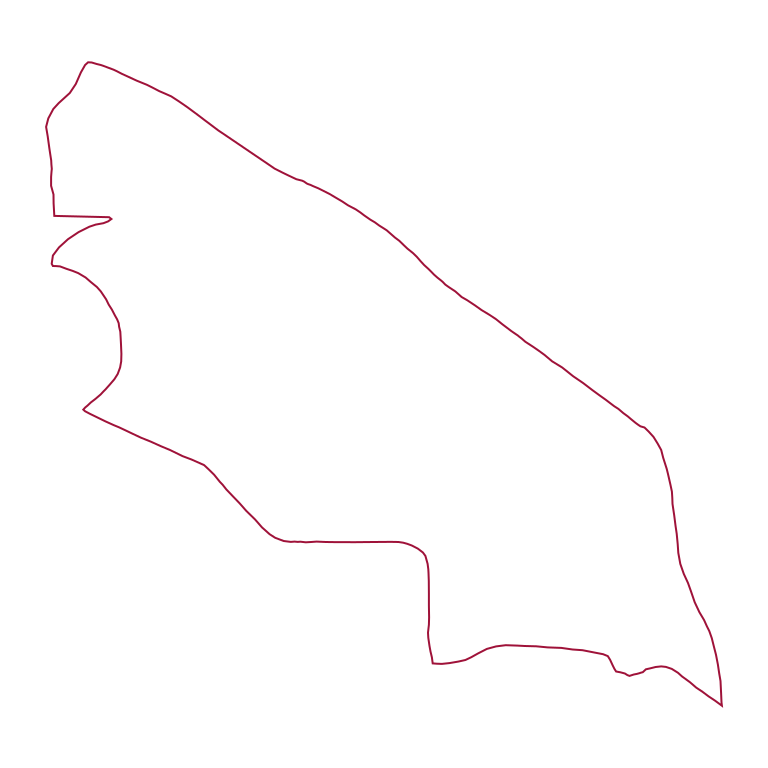 Kien Svay, Kândal, Cambodia
{"feature_id": "14789045B56719191672618", "entity_name": "Kien Svay", "entity_type": "district", "adm_level": 2, "iso_a3": "KHM", "parent_name": "Cambodia", "parent_adm1": "Kândal", "projection": "albers", "projection_center": [105.145, 11.423], "detail": "fine", "context": "isolated", "style": "outline", "palette": "rose", "viewbox_px": 768, "rotation_deg": 0, "n_neighbors": 0, "source": "geoboundaries", "source_scale": "gbopen_adm2", "svg_char_len": 3839}
<svg xmlns="http://www.w3.org/2000/svg" viewBox="0 0 768 768"><path d="M721.9,705.7L721.5,702.4L721.1,693.2L720.5,681.0L719.2,673.4L717.9,664.6L716.0,654.8L713.8,646.2L711.8,638.2L709.3,631.1L706.8,626.1L704.1,620.1L699.4,612.2L694.7,602.2L690.9,591.1L688.0,583.0L683.8,573.9L680.3,563.9L678.3,552.9L677.7,544.1L676.7,533.7L675.6,526.3L674.2,515.3L672.5,503.9L672.3,497.9L671.9,491.6L670.5,485.0L668.5,476.2L667.8,473.2L666.7,468.8L663.2,457.8L661.2,450.0L657.6,443.5L653.5,436.9L648.6,431.5L644.5,427.5L640.4,426.3L638.2,424.8L635.6,422.9L630.6,418.8L627.8,416.4L623.3,413.1L618.4,408.9L614.2,406.2L610.5,403.4L605.8,399.8L599.6,395.4L592.5,390.2L583.2,383.1L573.1,376.2L562.2,367.5L552.1,361.3L544.5,354.9L538.6,350.6L532.8,346.6L525.4,341.8L521.6,338.5L519.0,336.5L517.7,335.4L515.9,334.2L511.5,331.2L507.3,328.0L502.4,324.3L495.9,319.1L489.4,314.8L481.6,310.1L475.0,305.4L467.0,300.1L461.6,297.0L455.3,291.4L449.7,287.7L448.1,286.6L445.3,284.6L442.7,281.9L441.2,280.6L437.4,277.6L434.0,274.6L431.3,271.8L428.5,269.0L424.1,265.0L420.6,261.2L416.8,256.8L413.1,253.2L407.4,248.6L403.5,244.9L399.3,240.8L394.9,237.5L390.8,233.9L388.4,231.8L386.7,230.3L383.6,228.3L379.3,225.6L374.8,222.3L370.4,219.7L364.2,215.4L360.4,212.5L355.8,209.4L348.0,205.3L342.3,201.5L335.5,197.5L329.6,194.0L318.3,188.3L312.8,186.0L310.5,184.9L308.1,184.1L306.8,183.5L304.1,181.6L302.2,180.7L296.3,179.2L289.1,175.8L282.5,172.6L274.6,168.6L269.2,164.9L222.0,132.9L218.4,130.5L204.3,119.9L199.2,116.0L193.3,111.6L187.5,107.3L182.3,103.7L178.5,101.1L174.5,98.5L171.3,96.4L165.0,93.6L159.2,91.1L152.1,87.4L146.9,84.8L140.5,82.2L136.8,80.7L132.9,78.9L121.8,73.8L116.8,71.2L113.6,69.7L102.9,65.7L100.8,65.0L96.7,64.0L91.7,62.5L88.1,62.3L85.1,65.0L80.9,72.4L75.8,84.0L69.8,93.0L58.7,103.1L53.3,109.0L48.3,118.4L46.1,126.9L47.7,136.3L49.4,148.6L50.3,154.6L51.2,160.4L51.4,164.5L51.8,168.9L51.5,171.8L51.1,176.9L51.1,185.8L53.5,194.5L53.6,203.3L54.3,215.9L109.1,217.2L111.4,219.0L108.1,221.4L103.4,223.2L95.7,224.6L89.4,226.7L78.6,232.1L68.0,239.2L59.0,247.4L52.9,255.5L51.7,263.8L52.9,266.0L56.2,266.1L60.0,266.4L66.4,268.8L72.7,270.9L78.2,273.1L85.6,277.5L90.9,282.1L96.9,287.0L100.8,291.4L106.1,299.3L108.7,304.6L111.9,309.6L114.9,315.4L117.1,319.3L118.7,323.2L119.1,326.7L120.3,331.7L120.6,336.8L121.0,344.4L121.4,353.8L121.2,361.4L120.1,367.5L117.7,374.0L114.4,379.2L109.7,384.7L107.1,387.6L105.6,389.3L103.4,391.5L100.6,394.5L95.2,399.1L90.9,402.4L87.5,405.6L85.2,407.5L83.3,409.6L85.0,411.2L89.9,413.8L97.5,417.5L105.5,421.4L113.9,425.2L119.0,427.3L125.8,430.5L132.7,433.8L141.0,437.7L150.7,441.6L160.9,446.2L170.0,450.0L182.5,456.1L191.5,459.5L204.1,465.1L208.5,469.2L214.1,474.7L219.9,481.9L222.6,484.7L226.3,489.4L232.5,495.9L239.7,503.4L246.2,510.8L255.1,519.5L262.0,527.4L269.6,534.2L275.2,537.8L283.7,541.0L290.8,541.9L294.6,541.6L297.7,541.9L300.4,541.7L305.7,542.3L311.1,542.0L316.6,541.6L325.7,542.0L333.5,542.1L345.0,542.1L353.1,542.2L362.7,542.1L373.7,542.0L386.8,541.9L392.7,541.9L398.5,542.0L403.2,542.7L407.2,543.8L411.8,545.5L417.8,548.6L422.9,552.5L425.4,555.9L427.6,563.8L428.3,569.2L428.5,572.7L428.8,581.0L428.9,593.7L428.9,605.5L429.1,617.4L428.9,624.8L428.0,632.6L428.3,637.8L429.5,646.0L430.5,651.5L431.9,657.4L432.7,663.4L436.8,663.7L441.8,663.9L449.4,663.1L458.2,661.6L465.4,660.0L471.3,657.2L478.1,653.4L486.9,648.9L496.1,646.4L505.7,645.2L517.4,645.6L524.7,646.0L536.2,646.3L547.7,647.4L561.3,647.9L572.6,649.5L582.5,650.2L594.8,652.6L603.1,654.2L607.8,656.1L610.1,659.8L612.7,665.4L614.4,668.8L616.1,671.5L620.4,672.3L624.9,673.5L627.4,675.1L629.5,675.9L633.8,674.5L636.9,673.9L639.4,673.2L640.8,672.7L642.8,672.2L645.9,669.3L650.4,668.3L655.6,667.0L661.2,666.4L665.9,666.9L671.8,668.9L678.0,672.8L682.1,676.5L689.8,682.1L696.2,687.6L702.5,691.8L708.5,696.3L715.1,700.7L721.9,705.7Z" fill="none" stroke="#9f1239" stroke-width="2"/></svg>